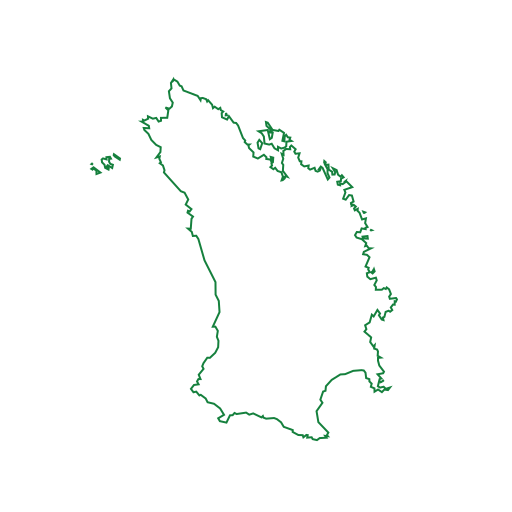 the district of Catanduanes, Catanduanes, Philippines, rotated 337°
{"feature_id": "2640588B14186532473464", "entity_name": "Catanduanes", "entity_type": "district", "adm_level": 2, "iso_a3": "PHL", "parent_name": "Philippines", "parent_adm1": "Catanduanes", "projection": "natural_earth1", "projection_center": [124.275, 13.808], "detail": "fine", "context": "isolated", "style": "outline", "palette": "green", "viewbox_px": 512, "rotation_deg": 337, "n_neighbors": 0, "source": "geoboundaries", "source_scale": "gbopen_adm2", "svg_char_len": 6129}
<svg xmlns="http://www.w3.org/2000/svg" viewBox="0 0 512 512"><g transform="rotate(337 256 256)"><path d="M248.8,61.2L245.3,63.5L243.7,68.7L240.2,70.3L238.4,77.2L239.3,82.3L237.0,85.5L233.8,86.6L230.7,83.9L232.2,87.7L228.3,94.1L222.5,91.7L221.4,94.4L218.9,94.2L218.1,89.9L214.7,89.3L211.1,85.2L210.3,87.5L206.3,87.7L205.2,86.5L204.7,88.2L203.2,87.6L208.2,94.3L207.6,96.7L202.7,94.3L202.5,96.4L204.7,101.5L205.0,108.3L207.5,114.7L210.8,118.6L208.6,123.0L202.8,126.4L206.3,126.8L205.0,128.6L205.1,132.6L203.7,133.0L205.7,136.3L205.3,141.3L203.9,143.1L212.1,167.0L215.0,169.8L215.7,177.5L211.4,181.2L214.9,187.6L212.3,189.1L211.1,187.8L209.9,189.3L213.4,195.1L211.2,196.5L206.6,205.4L204.1,204.2L206.3,208.7L205.7,212.9L208.9,214.0L209.6,217.8L206.9,239.9L208.5,264.2L203.7,275.8L204.2,282.8L200.5,293.4L188.6,304.2L191.0,305.2L191.6,310.0L188.4,315.1L188.3,319.4L185.5,325.2L180.6,329.2L173.8,331.7L171.4,330.6L165.8,334.1L163.4,336.5L163.6,339.4L156.9,342.9L156.8,347.6L154.9,346.8L152.7,348.4L153.0,351.7L148.5,350.5L144.2,352.9L145.2,357.0L148.0,357.5L149.4,362.2L150.9,362.2L154.0,367.5L154.3,371.7L159.6,375.6L163.4,382.3L164.5,389.7L157.8,390.6L158.2,393.9L163.7,397.8L169.8,392.5L172.3,393.4L174.9,392.1L176.4,393.9L185.7,396.3L187.8,399.4L191.9,399.8L198.0,406.7L199.8,406.0L199.7,407.7L201.8,409.7L209.3,412.2L211.5,414.3L214.1,418.9L214.8,424.1L221.8,430.6L221.0,432.3L225.0,437.3L229.0,439.2L228.8,441.4L232.5,440.4L233.6,441.1L232.2,443.2L236.4,444.6L236.6,446.7L240.2,449.3L243.5,448.5L249.9,450.8L249.4,448.6L251.7,449.9L251.3,448.6L253.6,446.8L248.5,433.3L251.1,422.5L259.8,417.1L259.1,413.4L264.8,407.0L267.3,407.2L269.5,403.2L277.3,399.6L287.4,398.0L291.9,399.6L300.6,399.7L308.5,402.3L310.5,403.5L311.2,406.2L309.7,411.4L312.2,413.6L311.4,415.8L312.6,418.7L310.6,421.3L313.3,424.1L312.1,427.2L316.2,426.6L318.7,430.5L322.0,429.1L325.1,431.0L327.9,429.4L323.6,429.0L322.4,426.2L318.8,425.6L317.3,423.5L321.7,417.6L323.5,417.7L321.7,412.4L327.2,413.6L328.6,412.5L326.7,405.0L327.4,400.0L328.5,397.5L331.2,398.3L329.0,395.4L331.0,391.5L330.9,389.4L328.6,387.4L330.4,384.4L328.7,385.1L327.5,379.8L330.2,375.9L326.3,368.0L329.0,366.5L329.4,362.4L334.7,361.5L339.7,355.3L340.7,357.6L346.7,353.1L347.7,357.4L346.0,358.6L346.9,363.6L348.3,364.8L348.8,362.2L350.4,362.2L353.5,358.1L356.7,358.2L357.7,359.7L360.3,359.0L360.0,356.0L363.2,354.2L364.6,355.0L366.0,351.9L366.9,352.7L368.8,351.0L368.5,349.4L362.5,347.7L362.7,345.4L365.3,343.7L365.5,338.7L364.0,336.0L362.6,337.1L361.1,335.5L358.7,336.2L353.1,333.9L354.3,331.4L353.6,328.9L357.6,325.6L357.9,322.8L352.2,322.0L350.4,318.5L351.3,315.2L354.5,315.4L354.0,312.3L355.1,310.9L352.7,308.5L360.0,301.5L358.6,298.3L355.3,296.2L356.9,294.3L364.8,293.9L362.8,292.9L362.0,289.8L360.4,289.6L362.5,287.2L360.0,281.9L355.8,278.3L355.3,275.5L358.2,273.3L361.2,274.9L364.0,271.9L367.4,274.1L367.8,272.8L370.0,272.9L369.3,268.4L371.9,264.3L367.9,263.8L368.2,256.6L367.1,254.1L368.1,252.3L364.8,252.6L364.8,250.6L367.2,249.5L366.1,247.4L363.9,247.3L364.8,246.4L363.7,245.8L364.1,244.3L367.1,244.0L367.9,237.8L365.5,236.3L360.6,239.2L358.6,237.3L363.1,232.5L363.2,229.6L371.5,230.2L368.4,222.6L363.9,223.7L361.8,222.1L361.1,223.8L359.2,222.3L359.8,219.4L363.3,220.3L364.5,218.1L367.4,217.8L366.6,215.2L364.8,216.0L363.3,213.2L363.8,208.4L361.0,205.2L361.7,209.8L360.2,211.7L358.1,210.9L359.0,208.2L356.7,204.9L358.4,200.2L355.3,199.3L355.8,204.0L354.2,207.7L354.3,212.5L352.0,213.6L351.7,200.9L350.6,199.0L347.9,200.6L349.1,201.3L348.1,202.3L345.7,202.4L344.1,200.9L344.4,197.7L339.5,197.6L338.4,195.6L339.8,193.3L335.4,192.4L333.4,189.2L334.8,186.6L333.3,185.9L333.3,181.9L336.2,178.5L332.3,177.3L332.0,174.9L334.2,173.2L331.7,168.1L329.8,168.9L329.2,171.1L325.6,169.3L322.2,170.0L320.9,173.6L319.6,172.0L319.1,177.1L316.2,180.5L316.7,182.8L314.0,188.1L315.8,195.3L314.4,194.0L312.7,195.8L310.2,196.6L309.1,196.4L311.8,193.4L312.1,188.8L309.1,186.2L308.1,182.3L305.9,182.9L304.0,179.8L306.1,179.0L306.4,176.7L308.2,176.3L310.3,172.2L308.3,170.6L307.9,173.5L307.0,174.8L306.9,172.8L303.4,170.7L304.2,169.2L302.8,165.9L295.8,167.0L292.3,163.4L294.2,159.7L291.8,154.0L292.2,151.2L293.5,150.8L291.6,150.0L290.1,146.7L291.2,145.5L290.1,142.3L290.5,128.9L289.7,125.8L287.5,124.5L285.7,116.7L282.7,119.1L278.9,115.0L280.2,111.1L282.3,110.2L280.6,108.0L281.0,105.7L278.6,106.1L276.3,102.4L274.2,103.1L274.7,99.6L272.8,93.9L271.4,94.7L271.4,92.2L268.7,89.7L266.9,89.2L265.8,90.9L264.9,85.9L253.9,75.3L253.8,70.7L252.4,69.4L251.8,64.8L249.6,61.7L248.5,62.2L248.8,61.2ZM317.5,136.6L316.5,140.3L318.8,145.4L316.7,147.5L317.8,148.1L318.3,146.6L319.7,148.8L316.7,153.4L314.4,153.9L316.0,144.6L307.1,142.2L309.2,145.2L309.9,149.1L307.8,155.8L311.7,158.6L314.3,158.8L315.1,164.1L317.6,167.3L318.9,164.1L321.2,166.9L324.7,167.4L326.7,166.8L328.7,162.7L333.6,164.0L332.3,162.1L333.8,160.4L331.7,159.2L331.1,156.2L329.1,157.2L326.9,161.5L325.3,160.3L329.9,153.6L326.8,148.9L325.5,149.7L320.5,146.4L318.9,137.9L317.5,136.6ZM153.3,106.4L151.6,106.9L150.9,109.7L152.2,112.8L151.6,115.9L154.0,118.8L154.7,117.7L153.5,115.3L155.0,114.5L158.0,118.8L159.9,116.1L157.9,114.3L157.6,111.8L158.8,109.2L160.5,109.7L160.3,107.6L156.9,106.6L156.2,108.7L153.3,106.4ZM304.4,150.4L301.7,152.3L300.4,157.9L301.6,159.3L305.8,154.6L304.4,150.4ZM141.1,110.9L138.5,111.5L139.2,112.5L140.2,111.7L142.5,114.9L141.2,118.2L145.4,118.4L141.1,110.9ZM366.4,281.2L361.6,279.8L361.4,280.8L362.0,281.9L365.7,283.7L366.4,281.2ZM165.0,106.8L164.4,107.6L164.9,109.2L168.2,114.1L168.9,113.1L165.0,106.8ZM359.2,316.5L359.4,314.3L359.2,314.5L358.9,314.4L357.3,315.7L355.7,316.1L356.5,317.6L359.2,316.5ZM356.0,195.3L355.3,196.5L355.4,198.9L356.8,197.0L356.0,195.3ZM284.3,112.7L283.1,114.7L284.2,115.0L284.3,112.7ZM312.2,195.5L313.5,193.9L310.3,196.2L312.2,195.5ZM372.1,257.2L372.1,258.4L372.7,258.7L373.5,258.5L372.1,257.2ZM372.6,277.5L371.5,276.3L371.9,277.4L372.6,277.5ZM323.1,421.0L321.9,420.5L321.7,420.9L323.1,421.0ZM141.1,106.9L140.5,107.1L141.5,108.1L141.1,106.9ZM325.1,420.3L324.2,420.2L323.3,420.9L325.1,420.3ZM367.7,222.0L366.5,222.3L366.4,222.7L367.5,222.2L367.7,222.0Z" fill="none" stroke="#15803d" stroke-width="2"/></g></svg>